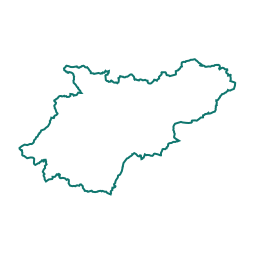 the district of Thoen, Lampang, Thailand, rotated 267°
{"feature_id": "78962969B16981445591053", "entity_name": "Thoen", "entity_type": "district", "adm_level": 2, "iso_a3": "THA", "parent_name": "Thailand", "parent_adm1": "Lampang", "projection": "orthographic", "projection_center": [99.304, 17.548], "detail": "fine", "context": "isolated", "style": "outline", "palette": "teal", "viewbox_px": 256, "rotation_deg": 267, "n_neighbors": 0, "source": "geoboundaries", "source_scale": "gbopen_adm2", "svg_char_len": 5835}
<svg xmlns="http://www.w3.org/2000/svg" viewBox="0 0 256 256"><g transform="rotate(267 128 128)"><path d="M186.3,221.7L186.2,220.7L186.4,220.3L186.2,217.8L185.5,217.1L185.7,215.1L185.0,213.5L185.3,211.6L185.0,209.5L185.1,208.3L185.9,207.7L186.4,206.5L186.2,205.6L186.8,205.3L186.3,204.3L186.7,203.4L187.9,204.3L188.7,203.4L189.1,202.4L191.5,200.3L191.8,199.6L192.9,198.8L193.2,198.0L192.8,196.3L192.8,194.0L192.1,192.8L191.7,189.4L190.9,188.8L191.2,187.2L190.8,185.5L190.3,185.1L188.1,184.8L186.6,185.1L186.2,183.9L184.4,182.8L183.8,181.5L183.1,181.4L182.3,178.7L179.3,178.7L178.9,178.5L177.6,172.4L178.4,171.5L178.8,169.4L181.4,168.6L181.7,168.2L181.9,164.6L181.5,164.3L180.5,164.5L179.6,164.2L177.4,161.6L175.8,161.7L174.7,159.8L173.7,159.3L174.8,157.3L174.8,156.6L173.8,156.2L171.5,153.6L171.2,152.4L171.6,150.8L172.0,150.4L173.1,150.0L174.2,150.0L174.4,148.9L175.2,147.6L174.9,146.3L174.9,145.0L175.5,144.2L175.9,142.9L175.7,142.2L175.0,141.5L175.3,141.2L175.1,140.7L175.6,139.2L176.2,138.4L175.8,137.3L176.6,136.8L177.7,136.9L179.0,136.5L181.3,134.5L181.3,133.2L179.3,130.2L179.3,128.8L178.7,127.6L179.0,126.1L179.5,125.6L179.4,125.2L180.2,122.9L178.8,122.2L178.3,121.0L176.7,121.4L175.3,121.2L174.0,120.8L173.9,120.2L173.3,119.6L174.2,118.4L173.9,117.7L174.1,116.4L174.8,115.4L175.5,114.9L175.5,114.2L176.2,113.9L176.1,113.4L175.5,113.3L175.2,112.9L175.1,111.1L175.9,110.5L176.0,109.5L177.1,108.4L181.5,108.2L182.2,108.8L182.3,110.4L183.2,110.7L184.1,111.6L185.9,111.9L185.4,110.3L185.7,109.8L185.5,109.0L186.2,108.5L184.4,107.1L184.8,105.8L183.9,105.3L184.2,104.4L183.6,103.7L184.5,101.5L183.8,96.9L184.3,96.5L184.7,93.7L186.3,93.7L187.3,92.7L189.9,91.2L190.4,90.4L190.8,90.3L190.6,89.5L191.0,88.3L191.9,87.7L192.5,86.8L192.2,85.0L191.7,84.7L191.3,83.2L190.8,82.7L190.7,82.1L190.8,81.6L191.4,81.1L191.4,80.5L192.2,80.1L191.7,76.3L191.9,74.0L192.8,72.1L193.4,69.9L192.9,69.2L192.0,68.7L190.9,67.2L189.0,67.4L188.3,68.6L187.5,69.0L187.4,69.9L186.4,70.4L186.2,71.4L187.0,72.1L186.3,74.3L185.6,75.4L184.4,76.3L183.5,76.3L182.1,76.9L181.2,76.6L179.1,76.6L178.3,76.0L176.0,76.1L174.0,78.0L171.7,79.2L170.9,80.3L170.1,80.2L167.5,82.3L166.4,82.5L165.4,83.3L165.4,82.6L166.0,80.2L163.7,78.5L163.4,77.4L163.7,76.6L163.1,75.6L164.6,74.6L165.0,72.2L163.1,72.1L162.2,70.7L162.2,68.6L163.1,67.9L162.9,66.5L163.5,66.0L163.0,64.5L163.1,63.3L163.5,62.9L163.5,61.8L163.3,61.0L162.4,60.0L161.3,59.2L160.7,57.8L160.3,57.5L159.4,55.8L158.8,55.8L157.0,57.4L156.0,57.2L154.3,55.6L153.4,55.6L152.3,56.0L151.5,55.9L150.5,56.6L147.5,57.3L146.2,58.4L145.8,58.3L144.7,57.2L144.2,55.6L143.1,54.6L142.2,54.8L141.8,54.5L142.3,52.0L141.5,52.0L140.9,51.4L139.7,51.0L139.0,50.3L137.9,50.5L136.9,50.1L133.9,48.2L132.5,46.0L131.1,44.5L130.1,41.2L128.1,40.2L127.6,39.2L126.7,39.0L126.4,38.3L124.1,37.2L123.6,35.8L122.0,35.2L120.7,33.6L118.6,33.1L117.3,31.6L117.0,30.8L117.2,29.4L116.2,26.6L116.8,23.8L115.3,20.8L113.7,18.6L112.8,18.7L111.6,19.8L111.6,20.7L111.2,21.0L110.2,20.8L109.2,21.2L106.6,20.9L105.9,21.5L105.5,22.8L103.1,25.7L103.7,29.2L103.4,31.4L102.7,32.4L102.1,32.7L97.9,32.2L96.8,32.5L96.0,33.5L97.5,36.5L97.5,37.5L98.5,38.1L99.1,39.5L100.3,40.4L100.1,41.6L99.0,41.7L98.9,42.0L99.5,42.5L100.6,42.6L100.6,44.1L98.5,44.5L97.5,44.2L95.9,44.8L94.5,43.0L92.3,43.1L91.2,41.8L88.7,40.6L86.4,42.2L85.5,41.3L84.7,41.2L82.8,42.1L81.0,42.1L78.9,43.3L80.8,46.3L81.0,49.6L82.0,50.2L83.2,50.1L83.0,52.3L83.9,53.3L85.5,54.4L85.5,54.9L84.5,55.9L85.6,56.2L85.8,56.5L85.0,57.5L82.4,57.0L81.5,57.7L81.4,58.6L81.6,60.3L81.4,61.2L80.9,62.6L79.4,63.9L80.0,65.1L79.3,66.1L77.9,66.2L75.9,65.8L73.5,67.1L72.8,69.5L73.0,70.7L72.6,72.6L73.3,73.5L73.4,74.3L72.9,76.3L74.0,77.0L74.2,78.0L72.3,79.8L70.5,79.8L68.7,81.1L67.5,81.5L67.5,82.4L67.1,83.2L67.1,84.2L66.4,84.7L67.3,88.3L67.2,88.6L66.2,89.2L65.7,91.8L66.0,94.4L66.4,94.7L66.7,97.0L66.6,97.8L66.1,98.3L66.5,99.3L65.5,101.6L65.6,102.8L64.2,103.9L62.6,107.2L63.9,107.7L65.3,107.4L65.9,107.7L67.0,109.2L67.9,109.0L69.2,109.3L69.0,110.5L69.4,111.1L69.9,111.2L69.7,112.0L70.2,112.4L70.6,112.4L71.5,111.3L72.6,111.1L73.8,112.4L75.1,112.6L76.6,113.3L79.0,115.2L81.0,115.6L81.9,117.6L85.1,119.5L88.6,120.5L89.1,120.4L89.7,120.9L90.1,120.8L93.3,121.7L97.6,125.3L98.1,126.9L99.1,127.9L99.9,129.6L100.8,130.8L101.4,130.9L101.3,131.1L102.6,132.9L101.5,134.7L99.6,136.2L99.2,137.0L99.1,137.8L100.1,138.6L99.8,139.4L96.2,139.8L96.5,140.7L97.2,141.0L97.6,142.1L100.8,143.5L99.9,144.7L100.1,145.6L99.8,148.0L99.2,149.0L98.9,150.9L99.4,151.6L100.8,152.6L101.0,153.4L100.1,156.5L99.0,158.9L99.0,159.5L101.4,159.6L103.6,160.9L104.9,161.3L105.2,161.9L104.9,164.1L105.6,164.8L105.7,165.5L106.8,165.7L107.5,166.8L108.7,167.2L109.7,167.2L110.3,167.8L110.7,168.9L110.8,170.7L111.8,172.5L111.6,174.6L112.1,175.5L112.0,176.6L112.6,178.3L114.7,175.2L116.0,173.7L116.6,173.5L119.7,174.4L121.1,173.8L122.3,173.8L123.6,173.1L125.1,173.5L126.8,173.4L128.2,174.0L129.8,175.2L131.3,181.2L130.7,182.8L130.1,186.2L129.8,188.9L130.0,191.4L130.4,192.0L131.8,192.1L132.1,192.4L132.1,195.4L131.7,197.1L133.7,200.1L134.6,201.0L134.7,203.5L136.7,203.6L137.1,205.0L137.9,205.8L138.0,207.8L139.0,209.1L138.1,209.5L138.3,211.3L139.5,214.0L139.8,215.5L141.7,216.6L143.0,216.5L143.6,216.8L145.3,216.8L146.2,217.9L147.0,217.5L148.2,218.0L149.2,218.0L150.2,217.5L151.1,217.6L151.0,218.7L151.6,219.6L152.9,220.4L153.7,221.4L154.7,221.6L155.8,222.9L156.8,223.5L157.3,225.7L158.1,226.7L158.4,227.8L159.2,228.4L159.7,229.5L160.7,229.8L160.3,230.5L160.1,232.3L160.5,232.8L161.5,235.8L164.7,237.0L167.4,237.4L167.9,236.9L169.6,232.6L171.0,233.1L172.6,233.2L174.5,232.9L175.5,233.3L175.8,232.8L175.2,231.9L175.1,230.7L176.0,230.9L177.0,230.5L177.5,229.5L178.1,229.0L179.2,229.0L180.4,230.2L181.4,230.1L181.6,227.8L182.8,226.8L183.2,225.7L183.0,224.7L181.8,222.5L182.6,222.1L183.9,222.9L184.8,222.9L185.7,222.6L186.3,221.7Z" fill="none" stroke="#0f766e" stroke-width="2"/></g></svg>